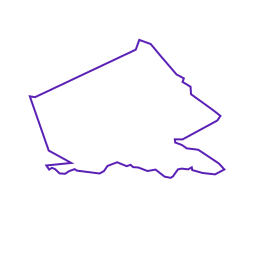 Uchtepa, Tashkent, Uzbekistan, rotated 247°
{"feature_id": "79887680B78178339313098", "entity_name": "Uchtepa", "entity_type": "district", "adm_level": 2, "iso_a3": "UZB", "parent_name": "Uzbekistan", "parent_adm1": "Tashkent", "projection": "robinson", "projection_center": [69.122, 41.261], "detail": "fine", "context": "isolated", "style": "outline", "palette": "violet", "viewbox_px": 256, "rotation_deg": 247, "n_neighbors": 0, "source": "geoboundaries", "source_scale": "gbopen_adm2", "svg_char_len": 795}
<svg xmlns="http://www.w3.org/2000/svg" viewBox="0 0 256 256"><g transform="rotate(247 128 128)"><path d="M103.0,217.8L110.0,214.0L134.5,199.2L141.5,201.7L149.1,196.2L151.9,198.8L158.3,193.6L180.9,186.4L196.4,181.7L204.7,172.8L197.1,165.8L194.9,109.9L192.7,54.5L195.5,50.0L138.2,46.2L118.0,62.1L125.4,38.2L120.5,39.2L121.1,42.3L118.7,44.8L112.9,47.3L110.4,52.3L111.3,56.6L111.0,62.8L108.8,64.2L97.2,84.1L97.7,88.9L101.1,94.4L100.7,104.6L93.4,111.8L93.1,116.0L90.0,117.4L87.6,122.1L80.8,129.1L79.0,137.0L76.8,138.3L68.9,142.7L65.5,147.7L65.8,150.3L70.4,157.8L69.7,161.4L66.4,167.3L66.9,171.3L64.2,170.7L57.5,179.0L51.3,190.0L52.2,200.5L59.8,197.8L80.6,184.1L86.4,174.0L91.3,171.0L96.2,165.8L99.3,166.7L96.2,173.7L100.0,213.2L103.0,217.8Z" fill="none" stroke="#5b21b6" stroke-width="2"/></g></svg>